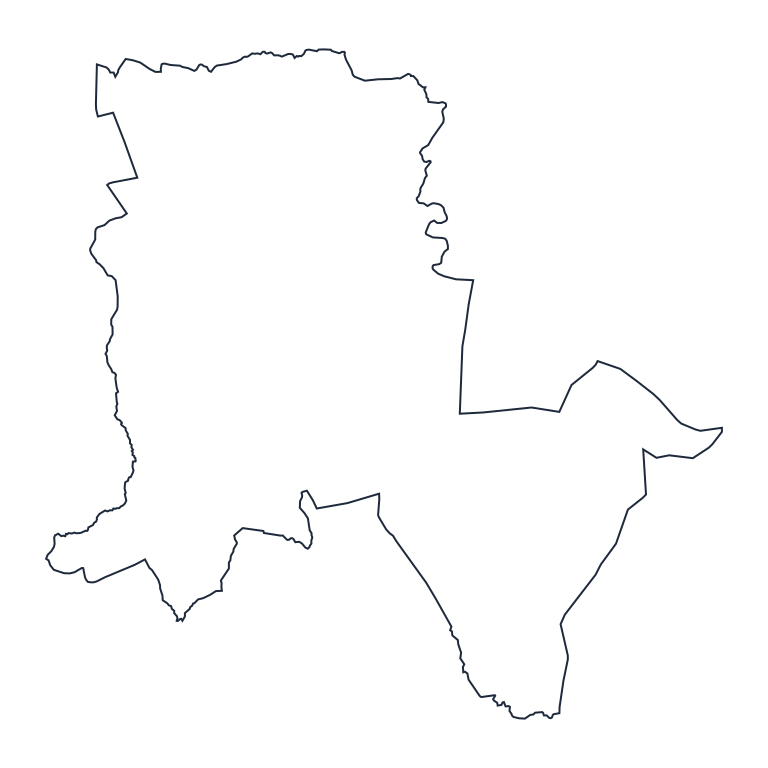 Chu Se, Gia Lai, Vietnam (Albers equal-area conic projection)
{"feature_id": "81297802B12572198720361", "entity_name": "Chu Se", "entity_type": "district", "adm_level": 2, "iso_a3": "VNM", "parent_name": "Vietnam", "parent_adm1": "Gia Lai", "projection": "albers", "projection_center": [108.095, 13.698], "detail": "fine", "context": "isolated", "style": "outline", "palette": "slate", "viewbox_px": 768, "rotation_deg": 0, "n_neighbors": 0, "source": "geoboundaries", "source_scale": "gbopen_adm2", "svg_char_len": 5971}
<svg xmlns="http://www.w3.org/2000/svg" viewBox="0 0 768 768"><path d="M46.1,558.8L48.6,560.4L50.2,565.2L53.8,569.8L64.1,573.2L69.8,573.4L74.6,572.2L81.8,568.0L83.2,568.1L85.0,577.2L86.0,579.6L87.9,581.9L90.5,582.3L93.5,582.3L96.5,581.5L105.1,577.2L135.0,564.7L145.0,559.4L149.4,567.9L152.1,570.2L158.2,579.6L160.0,585.0L160.2,588.6L162.5,595.8L162.7,600.2L167.4,603.4L168.7,605.2L171.2,606.2L171.8,608.8L174.2,610.8L174.2,613.1L177.0,616.3L177.4,618.2L176.7,620.8L177.8,621.0L180.3,618.9L181.2,618.8L182.4,620.8L184.9,616.5L184.9,613.1L189.8,608.8L190.1,607.3L192.3,605.5L193.0,603.6L194.4,603.2L198.1,599.4L203.1,598.2L209.8,595.0L215.9,591.1L221.9,590.8L221.4,587.0L221.6,583.2L220.9,580.5L228.9,568.5L228.9,562.4L230.3,560.5L230.9,555.8L233.3,551.7L233.7,548.9L236.8,543.7L236.8,542.3L235.0,539.4L234.2,535.5L242.7,528.1L263.4,531.0L263.9,533.0L280.5,535.6L282.8,535.5L286.6,539.4L287.7,540.0L289.1,539.7L290.9,538.2L292.5,538.3L293.6,539.2L295.3,542.2L299.2,541.8L302.0,543.5L305.4,547.6L307.8,548.7L309.6,546.9L309.8,545.7L311.4,543.6L311.3,540.7L312.3,537.4L311.5,535.1L311.6,533.3L309.7,530.3L307.9,518.3L304.3,512.9L299.8,507.8L300.1,501.1L302.0,497.3L302.2,495.4L301.5,492.9L302.2,492.0L306.9,490.7L312.9,500.3L316.8,508.5L347.4,503.1L379.1,493.7L379.3,499.3L378.1,514.9L378.7,516.9L386.1,529.3L389.6,533.2L393.0,535.7L396.7,541.7L426.2,582.7L435.5,598.3L451.4,626.6L450.2,630.3L451.9,631.4L452.4,635.5L457.8,640.0L458.3,644.4L461.1,652.6L460.3,658.4L464.3,664.3L462.9,667.0L463.3,672.3L464.9,671.7L467.4,673.5L468.6,679.7L479.6,695.8L480.7,696.8L481.7,697.0L494.8,695.2L495.2,695.7L493.1,699.3L493.9,700.5L497.2,702.8L497.7,705.6L501.5,704.9L502.6,702.4L503.9,702.1L505.6,706.4L508.7,706.1L509.9,706.8L509.5,711.0L511.4,713.7L512.1,715.7L513.6,717.0L519.2,718.3L524.9,718.6L530.3,714.9L533.3,714.5L535.1,712.7L542.2,712.1L543.1,712.9L543.9,715.4L546.7,715.4L549.1,717.8L550.7,718.2L551.9,717.5L552.8,715.0L553.7,714.2L559.4,713.2L559.6,706.9L563.5,680.4L567.8,659.6L567.8,655.5L560.6,624.2L564.8,614.7L595.6,574.7L600.8,564.5L616.0,543.7L627.9,509.6L642.9,497.7L646.0,494.5L643.2,449.4L656.5,457.8L669.2,455.3L692.8,458.2L708.8,447.7L712.3,444.3L721.9,431.9L721.9,427.8L700.4,430.8L695.5,429.5L681.3,423.6L677.2,420.0L659.8,400.1L653.3,394.0L636.4,380.8L620.3,368.9L597.6,361.1L595.7,364.7L592.8,367.8L571.5,385.0L559.3,411.9L531.5,407.5L482.9,412.5L459.8,413.7L462.4,346.3L465.2,330.0L468.7,304.2L473.2,280.2L456.0,279.3L444.0,276.2L438.2,273.7L433.5,269.8L432.6,268.4L432.6,266.4L433.5,265.1L439.3,264.1L441.2,262.8L441.8,256.6L444.5,251.7L447.9,249.0L447.9,245.7L446.7,240.9L445.3,238.8L442.6,238.0L432.8,237.4L426.2,234.3L425.7,232.5L429.0,224.3L430.5,222.3L434.1,220.5L437.1,222.9L441.3,223.0L445.7,221.0L446.7,219.8L447.1,218.2L446.5,215.8L444.7,212.3L443.5,207.7L441.0,205.2L438.3,204.0L433.6,203.2L431.5,203.7L427.5,206.0L423.7,203.4L418.9,202.9L416.8,199.9L416.8,198.2L418.7,196.2L420.5,191.3L420.2,189.7L420.7,187.8L423.3,183.6L424.9,178.2L426.8,175.7L425.3,170.4L425.7,168.5L430.7,162.2L430.4,161.2L429.2,160.8L426.6,162.0L424.2,161.6L422.7,159.3L422.0,155.7L420.2,153.3L420.0,152.3L422.6,148.4L428.2,145.1L432.4,137.7L443.3,122.3L443.8,118.7L442.3,111.8L443.0,109.4L446.0,106.6L446.0,104.2L445.4,103.3L442.4,102.1L438.6,103.0L428.4,101.9L428.1,98.9L426.5,97.2L426.4,94.3L424.3,89.8L425.4,87.3L423.1,87.4L418.5,83.9L417.3,80.3L413.4,76.1L411.0,76.0L410.5,74.7L408.1,73.9L400.0,78.5L397.6,78.1L391.2,79.0L378.0,79.3L364.9,80.7L354.5,76.7L352.8,74.8L351.6,70.3L346.0,59.6L344.5,54.7L344.9,52.8L344.4,51.9L341.9,51.9L339.9,53.1L338.8,53.1L331.9,51.0L330.8,49.7L323.7,49.4L318.6,49.6L316.9,51.2L308.9,49.6L306.3,50.0L305.3,50.8L304.0,53.7L301.4,56.1L299.0,56.0L298.2,56.6L296.7,56.0L294.6,58.0L292.9,54.6L290.7,53.9L288.1,54.0L281.9,56.6L278.7,55.3L274.1,55.3L272.0,53.0L270.6,52.4L267.0,53.6L265.4,53.0L264.7,51.8L262.8,51.8L260.4,54.2L257.6,53.4L254.8,53.8L252.2,53.4L248.1,56.4L246.7,56.9L245.2,56.6L243.0,57.5L241.1,59.4L236.3,61.7L226.5,64.1L216.8,65.6L214.6,67.2L211.0,71.8L208.8,70.7L206.9,67.0L204.2,66.3L201.6,64.5L200.3,64.5L199.2,65.1L196.5,69.6L194.3,70.9L188.1,68.1L182.4,67.0L180.2,65.7L170.6,65.0L164.7,63.6L162.4,63.8L161.6,64.4L160.8,68.6L160.9,71.8L155.4,71.9L149.7,69.0L140.3,62.6L132.7,60.2L125.7,59.0L119.8,67.4L118.3,70.1L117.9,72.4L115.3,76.8L113.7,72.6L110.2,72.5L108.9,69.8L106.6,67.5L96.9,64.4L95.9,104.2L96.2,109.7L97.9,116.5L113.1,112.7L124.5,141.9L137.3,177.7L113.1,182.3L109.0,183.5L107.2,185.0L126.8,213.5L121.6,217.2L115.6,218.3L109.4,220.6L104.5,225.1L97.5,227.4L95.9,229.1L95.3,231.4L95.2,239.6L90.3,248.5L90.1,250.2L91.3,253.7L96.1,260.2L96.5,262.2L99.7,264.3L103.4,268.1L107.7,275.4L111.7,276.1L115.6,280.2L117.7,296.3L117.6,306.9L117.0,309.8L111.3,319.2L111.2,324.6L112.5,326.8L112.6,334.4L110.0,339.2L109.6,341.5L107.3,344.7L106.7,346.9L107.2,350.7L105.5,353.8L106.8,356.0L107.4,362.2L108.8,365.4L111.2,369.0L112.4,372.2L114.5,372.9L116.0,374.9L115.4,378.1L115.9,382.4L116.8,388.1L118.1,391.8L116.0,393.3L116.8,402.2L117.4,403.8L116.3,406.5L117.0,410.9L114.7,415.3L117.4,419.3L119.6,420.1L121.8,422.5L121.9,423.0L121.0,424.1L121.6,425.1L125.6,428.1L125.7,430.3L127.8,433.8L127.5,435.8L130.0,439.9L130.0,443.4L131.7,445.0L131.4,447.3L133.0,449.8L131.8,451.0L132.8,452.4L132.5,455.0L134.2,456.0L134.5,457.5L135.3,457.9L135.7,461.0L135.5,461.4L132.9,461.6L132.5,466.9L133.5,470.6L132.9,472.5L130.7,477.1L129.2,477.3L128.2,479.3L128.1,480.7L125.6,482.0L125.1,482.8L124.6,488.4L125.7,493.0L124.8,494.2L126.3,500.5L125.0,503.4L122.9,505.5L120.9,506.4L119.3,508.1L116.7,508.2L115.2,508.9L113.4,508.5L112.4,510.3L109.8,510.3L107.6,511.4L105.1,510.5L99.5,513.9L96.8,517.5L96.9,519.6L96.1,521.6L94.1,522.8L92.9,525.1L88.4,527.4L87.9,530.0L87.1,530.9L85.6,530.7L81.0,532.8L78.5,533.2L75.9,533.2L74.4,532.6L71.9,533.5L68.5,533.1L67.4,534.2L66.0,533.9L65.3,536.2L63.3,535.7L61.3,536.1L58.2,533.7L55.0,535.4L54.2,537.5L54.6,544.0L53.9,547.0L51.3,551.2L47.6,554.9L46.1,558.8Z" fill="none" stroke="#1e293b" stroke-width="2"/></svg>